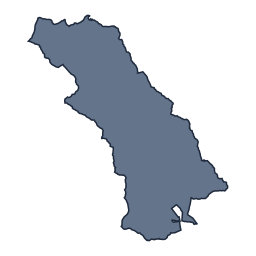 outline of Valea Salciei, Buzau, Romania
{"feature_id": "2599482B75081483898693", "entity_name": "Valea Salciei", "entity_type": "district", "adm_level": 2, "iso_a3": "ROU", "parent_name": "Romania", "parent_adm1": "Buzau", "projection": "natural_earth1", "projection_center": [26.813, 45.506], "detail": "fine", "context": "isolated", "style": "filled", "palette": "slate", "viewbox_px": 256, "rotation_deg": 0, "n_neighbors": 0, "source": "geoboundaries", "source_scale": "gbopen_adm2", "svg_char_len": 5767}
<svg xmlns="http://www.w3.org/2000/svg" viewBox="0 0 256 256"><path d="M163.7,239.5L165.3,239.1L166.3,238.3L167.3,237.3L167.7,235.5L169.1,235.0L169.9,234.5L170.6,233.7L170.8,232.8L171.9,233.0L175.0,232.7L180.9,230.1L179.9,224.9L179.6,222.0L178.8,221.3L178.3,221.2L177.3,221.7L175.8,221.7L173.7,222.2L172.9,221.9L172.2,221.0L172.1,220.1L175.1,220.5L177.0,221.1L178.6,220.7L179.3,221.1L180.0,221.2L179.1,216.9L178.3,217.2L171.6,208.5L176.4,204.7L180.3,208.4L180.8,209.8L182.5,212.3L181.9,220.8L184.7,221.6L185.5,221.5L187.8,221.9L190.0,221.8L191.0,222.3L192.0,222.2L193.3,222.9L193.9,224.1L194.3,224.3L194.7,224.3L195.2,223.8L196.6,224.0L197.0,223.8L192.8,218.1L188.1,215.0L187.7,214.3L187.6,213.6L189.0,209.4L189.2,207.6L190.2,203.9L191.2,197.8L192.4,198.3L193.1,199.0L193.4,199.1L196.3,198.5L197.9,199.1L199.8,199.1L201.5,198.3L201.9,198.5L205.4,198.5L207.9,196.2L208.5,194.8L210.4,193.1L213.1,191.4L214.3,191.0L218.4,190.9L219.8,190.5L221.6,190.8L223.0,190.5L224.8,190.9L225.6,190.3L226.0,189.4L227.4,188.3L227.6,187.6L227.6,186.1L227.4,185.5L226.6,184.8L226.4,182.4L225.7,182.1L223.7,181.9L222.5,179.9L222.1,178.5L219.3,178.7L218.3,178.2L217.5,176.8L217.5,175.6L216.9,174.2L215.0,172.9L214.7,172.2L214.4,169.4L214.5,168.6L214.3,168.2L213.4,167.1L212.6,166.7L212.6,166.0L211.5,164.5L210.5,164.0L207.4,160.7L206.0,160.7L204.4,161.2L204.2,161.0L204.3,160.2L204.1,160.0L203.8,160.0L202.8,160.8L201.5,160.3L201.6,159.3L200.4,155.8L200.1,153.7L199.8,153.2L199.3,150.8L198.7,150.0L198.0,147.2L197.3,146.5L197.7,143.8L198.1,142.5L198.1,141.5L196.9,139.5L194.8,138.3L194.3,136.8L193.6,135.9L193.5,134.4L192.3,132.1L192.2,130.9L192.0,130.6L191.4,130.6L190.5,130.0L190.0,128.9L189.4,128.4L189.4,128.0L189.8,127.7L189.5,126.1L189.9,123.9L189.5,123.7L189.2,122.4L188.3,120.6L187.1,119.6L186.3,119.3L186.1,119.5L183.9,119.6L182.4,118.7L181.2,118.3L180.1,117.4L178.4,117.0L177.5,115.9L175.0,116.0L172.9,114.8L171.0,114.3L170.8,114.0L171.1,112.2L171.8,111.1L171.6,109.1L171.3,108.3L172.2,107.4L172.0,105.5L173.2,103.8L172.9,102.9L171.6,101.9L171.0,101.0L169.4,100.1L168.2,98.6L166.5,98.6L165.2,97.5L164.4,96.4L162.8,95.6L162.0,95.5L161.3,93.7L161.0,93.3L159.3,92.6L158.2,91.8L156.9,91.4L156.1,90.6L155.5,89.5L154.4,88.9L154.2,87.7L151.0,86.9L150.7,85.5L148.9,81.6L148.2,80.7L146.9,76.5L142.8,71.8L138.9,72.9L137.7,72.9L138.0,72.5L137.4,70.8L137.4,69.3L136.8,67.7L135.8,65.6L135.6,65.2L134.5,64.5L134.0,63.3L133.0,62.9L132.2,61.3L131.3,60.7L131.0,59.6L131.1,58.3L130.7,56.9L130.1,55.6L130.2,54.4L130.0,53.8L128.3,52.1L127.0,52.2L126.3,51.5L125.2,47.6L123.9,46.1L123.6,44.5L122.9,44.2L122.6,43.4L122.8,42.1L122.0,40.0L121.7,39.6L121.0,39.5L120.2,39.8L118.6,38.6L119.9,35.4L120.0,33.2L118.5,31.1L118.5,30.2L118.2,28.8L117.4,28.1L116.0,27.6L115.4,26.8L114.2,26.7L114.1,26.1L111.9,26.1L109.7,26.6L107.1,26.7L106.0,26.4L103.4,26.6L101.9,25.8L101.2,24.7L99.5,23.8L98.5,23.7L98.2,22.9L97.5,22.0L95.6,21.1L94.4,20.1L93.1,20.2L92.4,19.3L92.1,19.3L91.9,19.8L91.5,20.2L91.3,19.5L90.7,18.9L89.8,20.1L89.1,19.7L88.9,19.2L88.4,19.0L88.2,18.0L88.5,16.8L89.5,16.3L89.6,15.8L88.5,15.4L87.3,15.4L85.4,16.7L84.9,17.2L84.3,18.6L83.0,20.7L82.2,21.0L80.5,22.3L77.2,23.8L75.8,23.0L74.5,23.0L74.0,23.9L73.5,24.4L70.6,25.1L69.5,25.9L69.3,26.3L66.7,24.7L65.3,21.8L65.1,19.8L64.7,19.5L63.4,20.2L62.9,20.9L61.5,21.0L61.0,21.6L58.4,23.3L54.8,24.4L53.2,24.0L53.1,23.4L52.1,22.5L52.0,21.4L51.6,20.5L50.7,19.8L49.3,19.4L46.9,19.5L44.4,18.8L43.3,19.0L40.4,17.7L39.5,17.5L38.4,17.8L38.3,18.2L37.8,18.4L37.8,19.4L35.4,24.5L35.0,26.6L34.9,28.7L34.3,31.9L32.2,36.2L32.2,37.1L31.8,37.8L30.2,39.1L29.3,40.4L28.4,41.2L30.6,41.7L32.1,42.5L33.8,43.0L35.1,44.1L36.1,44.1L39.5,45.2L39.6,45.4L39.5,46.8L40.4,47.1L40.8,48.9L42.7,51.9L42.9,52.9L44.5,54.1L44.6,57.0L45.9,58.0L48.2,58.3L48.7,58.6L49.6,59.8L50.0,62.3L51.7,64.3L56.1,66.9L58.4,67.4L60.1,66.1L63.1,64.5L63.8,66.0L65.1,67.2L69.3,72.0L71.3,74.1L73.6,75.3L74.7,76.5L75.9,78.7L75.6,81.0L75.7,82.3L76.3,83.0L76.6,84.3L78.1,85.6L78.5,86.5L78.5,87.9L78.2,89.4L77.6,90.5L75.8,91.8L74.6,94.1L73.9,94.4L73.2,94.2L72.1,94.5L71.3,96.1L69.6,97.4L68.1,97.4L67.6,97.0L66.0,98.3L65.7,98.8L65.1,98.9L64.9,99.3L64.7,101.7L65.1,102.3L65.0,103.0L66.8,103.0L68.1,104.2L70.5,105.3L71.2,106.2L72.4,106.7L72.4,108.1L72.6,108.4L73.6,109.1L74.9,109.5L75.4,110.1L77.9,111.3L78.2,111.7L78.2,112.4L79.6,113.4L81.7,113.8L83.1,114.6L85.5,115.3L86.1,116.4L87.0,117.1L89.7,118.4L90.5,119.3L91.5,120.0L94.2,120.1L95.1,121.7L96.4,123.1L96.8,124.6L97.5,125.8L100.4,128.1L102.0,128.6L102.3,129.5L102.9,130.0L103.2,130.7L102.8,131.8L102.7,134.4L102.9,135.3L101.9,137.0L101.7,137.9L101.8,138.0L101.8,138.5L103.4,138.2L106.3,139.0L106.7,139.3L107.1,141.0L108.9,142.5L109.4,143.5L110.2,144.0L110.4,144.9L110.1,146.0L110.2,146.3L113.2,147.4L113.3,149.4L113.0,152.7L112.5,154.6L112.7,155.4L113.5,156.2L113.4,158.1L114.1,160.9L114.0,161.5L113.4,162.5L114.5,166.7L115.5,167.4L114.9,168.5L115.2,169.9L115.0,170.5L115.2,170.9L114.6,172.1L116.4,173.3L117.5,173.7L117.6,174.2L119.9,175.1L121.2,174.8L122.2,175.2L124.0,175.2L125.5,176.6L126.1,178.2L125.3,179.5L125.4,181.7L126.1,184.1L125.9,185.3L126.0,186.7L125.7,188.4L124.6,189.8L125.6,191.4L125.7,192.0L125.6,192.9L125.9,193.7L125.3,195.1L125.4,196.3L124.3,197.7L126.2,200.1L127.8,204.0L128.8,210.4L128.2,212.5L127.1,214.5L124.3,216.8L122.3,219.9L122.0,221.8L122.1,223.2L121.9,224.2L122.1,225.1L121.2,226.4L123.5,228.9L124.7,229.2L126.1,229.1L128.2,228.3L128.8,228.4L129.6,228.2L131.0,228.8L131.5,229.6L134.3,230.5L136.2,231.7L137.6,233.0L138.5,233.2L139.9,233.0L140.8,234.1L142.8,235.3L144.7,238.3L146.9,240.4L147.6,240.5L147.7,240.2L148.7,240.6L149.4,240.6L151.4,239.1L152.4,239.2L153.6,239.6L154.8,239.6L155.1,239.5L155.0,239.3L155.6,239.1L158.8,239.0L158.9,238.6L159.4,238.6L159.8,239.2L163.7,239.5Z" fill="#64748b" stroke="#1e293b" stroke-width="1.5"/></svg>